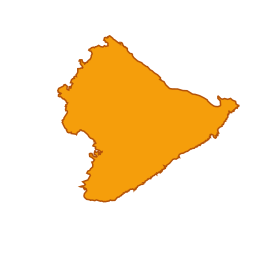 the district of Gunung Kidul, Yogyakarta, Indonesia, rotated 304°
{"feature_id": "22746128B54859500646728", "entity_name": "Gunung Kidul", "entity_type": "district", "adm_level": 2, "iso_a3": "IDN", "parent_name": "Indonesia", "parent_adm1": "Yogyakarta", "projection": "natural_earth1", "projection_center": [110.599, -7.993], "detail": "fine", "context": "isolated", "style": "filled", "palette": "amber", "viewbox_px": 256, "rotation_deg": 304, "n_neighbors": 0, "source": "geoboundaries", "source_scale": "gbopen_adm2", "svg_char_len": 5831}
<svg xmlns="http://www.w3.org/2000/svg" viewBox="0 0 256 256"><g transform="rotate(304 128 128)"><path d="M49.2,141.1L50.7,142.0L51.9,146.0L52.8,147.1L53.3,149.1L53.8,149.4L54.0,150.1L57.0,153.2L58.4,153.6L58.8,155.0L60.7,157.6L64.6,158.0L66.0,159.3L67.6,159.6L68.3,160.3L69.2,160.0L70.1,160.8L71.6,160.5L71.9,161.3L74.1,161.8L74.0,162.4L74.6,162.5L74.8,163.3L75.6,163.2L76.2,163.8L76.6,163.4L77.1,163.9L78.5,164.1L79.4,165.5L80.1,165.9L80.1,167.5L79.8,167.8L80.4,167.7L80.6,168.3L81.1,168.1L81.4,168.5L82.0,168.0L82.4,168.7L83.3,168.3L84.1,168.8L85.2,168.5L88.9,170.7L89.5,171.6L90.6,172.2L91.0,171.9L91.2,172.3L91.2,171.3L92.2,172.4L93.6,172.0L95.3,173.0L96.6,172.9L96.7,173.4L97.8,173.6L98.4,174.8L99.2,174.7L99.2,175.0L100.1,174.6L100.2,175.1L102.2,175.4L103.4,176.3L104.4,176.3L105.3,176.9L105.3,177.4L106.0,176.4L105.9,177.2L106.6,176.9L106.7,177.8L108.2,178.1L108.7,179.2L109.1,178.8L109.4,179.3L109.8,179.2L109.6,179.7L110.3,179.5L110.2,180.2L110.7,180.3L110.8,179.8L111.2,179.7L111.8,180.2L112.5,179.6L112.7,180.1L113.5,180.2L114.0,180.8L114.5,180.7L115.4,181.5L115.9,181.2L116.1,181.6L115.9,180.3L116.4,180.3L116.9,179.1L117.6,181.4L118.7,180.9L122.0,182.2L126.9,182.7L128.4,183.8L129.1,185.3L131.8,186.5L132.2,186.1L132.4,187.0L133.4,185.6L134.8,185.4L136.5,186.2L138.2,188.0L140.7,189.2L142.0,190.4L145.8,191.7L145.9,192.2L147.2,192.9L148.2,194.2L150.9,194.8L150.6,195.4L151.5,196.0L153.0,195.8L153.5,196.8L154.0,196.6L154.1,197.3L154.5,197.0L155.0,197.5L156.3,197.4L157.2,198.4L157.6,198.3L157.9,199.1L158.7,198.8L159.6,199.7L160.8,199.3L161.2,199.5L161.1,200.2L161.9,200.6L162.9,200.4L162.8,200.7L163.5,201.3L164.2,200.9L165.3,201.2L166.1,200.7L166.3,201.3L166.9,200.3L167.8,200.8L168.6,199.9L169.5,200.8L169.7,202.5L169.6,203.4L168.9,203.4L168.3,204.5L168.4,206.1L169.5,206.5L170.5,205.3L170.9,205.7L171.1,205.2L172.3,205.4L172.2,206.1L172.8,205.7L172.9,206.0L173.6,205.0L174.5,206.0L175.8,203.9L176.2,203.9L176.6,203.3L178.2,203.2L180.1,203.7L182.2,205.0L182.6,204.5L183.8,204.3L184.3,205.1L187.1,204.3L188.1,204.9L188.1,204.6L188.6,204.8L190.0,204.3L190.3,204.9L191.1,204.5L192.8,204.7L194.7,203.3L195.4,203.9L195.9,203.3L196.2,203.6L197.2,203.5L198.3,202.3L198.6,202.8L198.1,204.4L198.7,205.3L199.9,205.1L200.8,205.4L200.7,206.0L201.3,206.4L202.1,205.6L202.6,206.1L204.8,206.1L205.3,207.1L205.8,206.9L205.8,207.4L207.0,207.0L208.2,207.6L208.7,207.2L208.3,206.1L208.4,204.1L210.2,202.3L209.5,198.9L209.9,196.5L207.5,194.7L206.4,191.5L204.9,190.5L204.2,188.8L204.9,185.1L204.5,184.8L202.8,186.0L202.1,189.3L198.7,192.0L197.7,191.9L196.0,190.6L194.7,188.4L194.2,186.8L194.2,183.3L194.9,179.1L195.6,178.0L195.4,173.9L194.8,169.2L193.4,164.8L192.2,162.7L191.9,156.1L189.7,152.5L188.0,147.2L185.0,142.7L184.0,140.3L184.9,135.2L186.5,131.9L186.1,129.9L186.4,128.3L186.0,128.1L186.1,127.2L186.6,127.5L187.8,126.8L188.6,122.8L188.4,119.2L188.9,116.0L188.6,113.8L189.7,109.8L189.2,108.6L189.3,104.6L189.8,102.9L188.9,98.6L189.5,93.5L190.5,91.1L191.4,90.5L191.7,89.7L190.9,87.8L191.5,85.1L192.0,84.0L193.5,83.0L193.7,82.3L193.3,81.9L193.7,81.1L193.3,80.3L193.7,80.0L193.2,78.8L193.8,77.9L193.7,76.8L194.4,76.8L195.1,75.8L195.0,74.3L193.4,74.5L193.8,74.0L193.5,73.5L193.9,72.9L193.2,72.6L193.6,67.7L193.4,66.3L193.9,65.1L194.2,61.3L192.3,60.2L191.8,60.8L190.9,60.2L190.8,59.1L189.9,58.2L189.2,58.1L188.4,58.7L187.3,58.8L187.6,60.1L186.8,60.9L186.7,61.8L187.2,62.2L187.0,64.1L185.7,64.8L185.1,65.5L183.2,64.0L183.1,62.5L181.1,61.9L180.2,59.9L180.1,57.5L178.0,56.5L177.0,55.5L175.7,55.2L175.7,54.2L174.2,52.9L172.2,52.4L171.7,51.8L170.6,51.9L170.5,53.0L171.0,54.6L169.5,56.8L167.4,57.1L166.2,57.9L163.5,58.2L163.3,57.8L160.0,57.1L159.7,57.5L158.2,56.2L157.6,56.5L156.8,56.2L157.5,55.0L157.3,53.4L158.8,51.7L157.6,49.9L156.8,49.8L156.2,50.1L156.7,50.7L156.7,51.1L155.5,52.3L155.1,52.1L154.6,52.5L153.5,55.8L152.7,56.8L152.1,56.7L151.6,55.6L150.5,55.0L149.1,53.2L146.3,55.1L144.7,55.4L143.2,55.2L141.9,56.4L141.8,55.7L140.8,54.9L139.8,54.7L139.1,55.8L137.8,54.5L136.4,54.3L136.3,53.7L136.1,54.4L133.4,55.0L134.1,56.8L133.9,57.5L132.0,57.3L129.2,58.3L129.0,58.0L129.9,56.9L129.3,56.1L126.3,57.7L126.0,56.1L126.2,55.6L128.6,54.3L128.9,51.6L128.3,51.1L128.1,51.8L128.0,51.0L126.6,51.0L122.0,48.4L119.5,49.0L119.3,50.0L118.7,50.2L119.0,51.5L118.6,52.2L119.2,52.4L119.3,53.2L118.0,53.0L117.8,52.1L117.0,51.7L115.5,52.5L115.6,53.7L116.4,54.3L115.8,57.8L116.4,58.7L116.0,59.2L116.1,60.9L115.0,62.5L115.1,63.9L113.5,64.1L112.6,63.5L112.0,63.8L111.9,64.4L111.8,63.9L111.0,64.0L111.4,64.8L110.5,64.8L110.0,65.5L108.7,65.6L107.6,66.7L108.2,67.2L108.2,67.7L107.7,68.6L106.6,69.2L100.6,69.3L99.5,69.9L97.6,69.2L97.3,70.1L95.7,70.4L95.4,71.6L94.9,71.9L92.8,75.6L92.4,78.1L91.7,78.3L90.7,80.2L91.0,81.7L92.7,83.4L91.7,84.0L93.8,88.4L93.7,89.0L95.9,88.5L98.9,89.7L99.7,89.4L100.2,90.1L100.0,91.5L100.7,93.1L100.0,98.4L99.0,100.5L98.6,102.6L99.2,105.0L98.7,106.4L98.9,107.2L98.4,107.8L97.6,107.6L97.9,108.8L97.4,109.8L95.5,108.7L93.6,108.9L94.2,111.8L92.8,112.4L92.4,113.1L93.5,117.2L93.2,118.0L92.4,118.2L94.0,119.7L93.1,120.0L92.5,119.3L91.3,119.2L90.7,119.7L90.5,119.2L89.4,118.6L89.8,118.0L90.8,117.9L91.8,116.5L89.9,115.2L89.7,114.5L90.7,113.8L90.4,113.3L87.4,114.6L87.1,115.2L87.6,115.9L87.4,117.5L87.0,118.2L86.5,118.2L85.3,115.9L85.5,113.7L86.2,113.3L86.6,112.3L85.8,110.8L84.9,110.5L83.0,112.2L83.3,114.5L82.9,118.0L80.4,118.0L79.5,117.1L78.0,119.3L75.9,120.5L73.2,119.8L71.6,120.0L69.7,118.8L67.6,119.1L67.9,119.7L67.6,120.7L68.3,122.0L67.7,123.3L62.5,123.8L58.1,120.5L57.8,123.0L57.2,124.3L55.0,123.5L54.5,122.6L52.6,121.1L52.9,122.2L54.1,123.3L52.6,126.4L52.8,126.8L53.2,126.7L54.1,125.9L54.2,127.4L52.9,128.9L49.2,128.6L47.2,129.4L46.4,130.2L45.9,132.0L45.8,133.7L47.2,136.6L47.0,137.2L48.2,138.5L49.2,141.1ZM172.8,206.7L172.6,206.1L172.4,206.0L172.4,206.3L172.8,206.7Z" fill="#f59e0b" stroke="#b45309" stroke-width="1.5"/></g></svg>